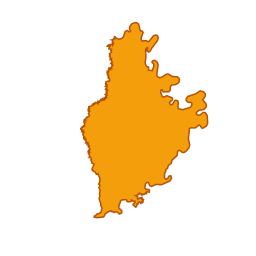 outline of Taraira, Vaupés, Colombia, rotated 216°
{"feature_id": "7082276B12935674193542", "entity_name": "Taraira", "entity_type": "district", "adm_level": 2, "iso_a3": "COL", "parent_name": "Colombia", "parent_adm1": "Vaupés", "projection": "natural_earth1", "projection_center": [-69.918, -0.672], "detail": "fine", "context": "isolated", "style": "filled", "palette": "amber", "viewbox_px": 256, "rotation_deg": 216, "n_neighbors": 0, "source": "geoboundaries", "source_scale": "gbopen_adm2", "svg_char_len": 5856}
<svg xmlns="http://www.w3.org/2000/svg" viewBox="0 0 256 256"><g transform="rotate(216 128 128)"><path d="M190.8,193.8L191.1,193.4L191.8,194.2L192.6,193.9L191.2,192.4L191.9,192.4L192.3,190.4L192.9,189.7L192.0,190.0L191.4,189.5L191.3,188.1L190.9,189.1L191.0,188.2L189.4,188.0L189.1,186.1L190.2,187.0L190.0,186.2L191.0,185.6L190.6,184.7L192.7,184.2L191.4,184.2L190.9,183.3L192.7,183.5L192.9,182.0L190.6,183.0L190.0,180.8L188.5,181.8L187.7,180.8L187.1,181.3L187.0,180.4L185.9,179.5L186.6,177.0L185.7,176.6L185.3,175.3L184.7,175.6L183.2,173.7L182.3,174.5L182.4,173.1L181.3,174.0L181.7,173.0L180.0,172.3L179.8,170.3L179.0,171.1L178.5,169.8L177.6,170.2L177.2,169.8L177.8,169.3L177.0,168.6L177.4,167.2L176.2,166.5L178.2,165.7L176.8,164.9L178.1,164.5L177.6,164.2L178.0,163.4L176.9,162.3L177.9,161.7L176.6,161.4L177.4,161.4L177.5,160.6L176.7,160.3L176.4,158.9L176.2,160.3L175.6,158.9L174.8,159.4L174.1,158.5L174.2,157.7L173.3,157.8L173.0,156.6L171.9,157.0L170.7,155.6L170.7,154.6L171.6,154.4L172.9,152.3L172.0,150.3L171.2,150.0L171.3,150.8L170.4,150.8L170.6,149.0L170.0,149.7L169.6,149.5L169.9,149.0L169.3,149.3L169.3,148.3L168.5,147.4L169.2,147.3L168.9,146.1L167.7,146.7L166.7,146.6L167.4,145.7L166.6,145.5L166.9,144.7L166.5,143.8L165.9,144.3L165.2,143.5L166.0,141.7L164.2,142.2L164.7,140.2L164.2,139.7L163.7,140.4L163.2,140.2L164.6,138.8L163.4,138.7L163.5,137.4L164.1,138.0L164.5,137.2L165.8,136.9L164.6,135.8L165.5,135.5L165.6,136.2L166.1,136.1L166.4,135.2L165.7,134.6L166.0,134.2L166.7,134.7L166.6,132.9L167.2,132.5L166.5,132.0L167.5,131.6L167.0,130.6L167.9,131.2L167.6,130.2L168.1,130.5L168.5,129.7L169.4,129.5L169.0,128.0L169.9,128.1L170.4,127.1L169.7,127.1L169.5,126.1L170.7,126.3L170.1,125.9L170.6,125.5L170.4,124.4L172.3,122.2L171.5,121.2L171.0,121.6L170.5,121.1L170.4,120.7L170.9,120.8L170.7,120.2L171.3,119.7L170.1,118.5L169.5,119.2L168.9,119.1L169.4,118.5L168.3,117.2L168.5,116.4L166.4,115.4L166.4,114.4L167.6,112.7L167.2,112.3L167.7,111.8L167.4,110.4L168.1,109.6L168.0,109.0L167.4,109.1L168.0,108.5L167.7,108.0L167.3,108.5L167.1,107.5L166.4,107.4L167.1,106.9L164.8,105.2L165.2,103.5L164.8,103.5L165.2,103.2L164.8,102.8L165.8,102.0L165.4,101.5L165.9,100.4L165.2,99.9L165.7,99.6L165.2,99.2L164.8,99.7L164.0,98.8L164.1,99.3L163.4,99.6L163.3,98.6L162.4,98.2L162.0,98.9L161.7,98.0L161.0,98.5L160.8,96.2L159.3,95.6L158.0,94.0L157.7,94.6L157.4,93.6L156.9,94.2L156.3,93.5L155.5,94.1L155.3,93.0L154.6,93.4L154.9,93.1L153.6,92.2L153.3,92.8L153.5,91.8L152.9,92.1L153.1,91.3L151.9,92.0L151.7,91.3L151.2,92.0L150.9,90.9L150.5,91.4L149.7,91.1L149.7,90.1L149.5,90.8L149.4,89.9L149.2,90.5L148.7,90.6L148.9,89.9L148.5,90.1L148.1,89.2L147.3,89.2L146.8,88.6L146.6,86.6L146.2,87.1L146.2,86.2L145.9,86.7L145.5,86.3L145.2,84.8L144.7,85.3L144.9,84.3L143.7,83.4L143.2,83.6L142.3,82.0L141.8,82.1L141.9,81.5L141.1,82.2L139.7,81.7L139.1,81.0L139.4,80.3L138.0,79.8L136.6,78.4L134.1,78.9L133.5,75.3L132.9,73.5L132.3,73.5L131.8,72.6L128.5,73.0L126.5,72.0L125.8,72.3L125.4,73.3L121.0,70.6L118.9,67.2L118.8,65.4L117.4,65.4L116.5,63.7L116.7,62.9L113.9,61.1L112.2,57.6L110.6,56.6L110.5,55.2L109.6,53.6L105.7,50.9L104.7,49.5L102.0,48.0L100.3,43.8L101.5,41.2L102.4,40.7L102.8,38.0L103.5,36.9L102.9,35.9L100.1,37.4L95.5,41.7L95.4,43.5L96.0,45.1L94.2,49.8L92.8,50.9L91.5,50.8L91.0,51.7L89.7,51.5L88.0,53.6L84.3,53.4L83.2,55.6L84.4,57.4L88.1,57.9L89.6,59.2L89.6,60.5L90.3,61.4L90.2,62.3L91.2,64.8L90.3,66.6L87.4,68.9L86.5,68.9L85.7,68.0L84.1,68.6L82.4,70.2L83.0,71.8L80.8,71.7L79.4,72.9L78.5,72.1L79.1,69.6L78.8,68.8L75.4,68.4L74.9,69.3L76.0,71.9L75.2,72.2L75.9,73.9L75.2,74.8L73.5,74.6L74.0,75.5L73.2,76.8L72.9,75.5L72.2,76.2L72.9,78.0L74.2,78.2L73.6,79.1L74.7,79.3L75.3,78.6L76.0,79.0L76.0,79.8L77.5,78.2L78.1,76.1L78.6,76.2L79.6,78.0L82.0,77.8L81.2,78.4L81.0,80.0L80.0,80.5L80.6,82.0L78.3,82.4L78.0,81.7L77.3,81.8L77.3,83.3L76.3,83.3L75.6,84.3L75.7,85.7L74.5,85.8L75.6,87.5L73.1,88.5L74.0,90.3L74.7,90.6L77.7,88.9L79.3,89.6L81.0,92.9L80.8,95.0L79.5,95.8L76.4,94.2L74.6,94.5L72.1,98.9L67.6,101.8L63.1,109.5L63.2,112.9L65.3,114.5L66.5,113.3L66.3,110.5L66.7,109.3L67.5,108.8L69.2,109.1L71.6,112.6L72.1,115.3L73.0,116.5L72.3,118.7L73.1,120.4L73.1,122.6L72.3,124.9L73.5,128.0L72.1,134.5L73.9,137.8L74.0,139.2L73.0,140.4L69.8,140.1L68.1,141.3L67.4,143.4L67.1,147.8L68.1,150.6L72.6,154.5L77.9,163.5L77.3,165.1L73.7,167.5L72.3,172.1L71.0,172.4L68.5,171.3L67.3,171.8L65.7,175.7L66.3,178.6L71.2,184.6L74.5,185.9L76.4,184.7L77.2,181.4L78.1,179.9L80.3,179.4L81.4,179.9L81.8,180.9L80.9,184.1L77.5,187.6L77.1,190.8L78.0,192.6L79.3,193.5L84.2,194.7L84.1,198.7L84.6,199.9L85.8,201.2L88.3,201.7L91.5,200.4L93.4,195.3L98.3,188.5L98.0,185.7L97.1,184.4L94.4,184.1L91.6,185.9L90.7,185.5L89.9,184.0L89.6,182.4L90.1,180.8L94.4,175.1L97.6,173.6L99.1,173.7L100.4,175.0L102.2,178.1L104.0,179.2L105.6,178.6L106.3,177.6L105.9,173.6L106.7,172.0L108.3,172.1L109.5,173.3L108.5,176.7L109.0,177.8L110.1,178.4L115.5,177.0L117.5,173.7L119.2,173.8L122.7,176.3L123.7,178.2L122.9,179.1L120.9,177.8L116.2,181.4L116.1,183.4L117.9,186.2L118.0,187.8L117.6,188.9L115.2,190.8L113.9,193.4L113.8,195.4L114.8,197.4L116.3,198.3L118.1,198.4L122.5,195.7L127.3,195.3L128.6,194.1L130.6,188.8L132.0,187.3L133.9,186.9L135.1,187.1L136.1,188.2L140.9,197.0L143.0,198.4L145.9,198.5L147.4,197.4L147.6,195.8L146.8,195.1L145.1,195.0L144.3,194.4L143.3,192.8L142.1,188.6L145.5,186.9L147.2,189.4L149.0,188.7L150.8,189.5L152.6,191.1L155.3,196.1L159.8,201.6L160.0,203.5L159.4,204.5L158.6,203.6L158.1,201.6L155.9,201.6L155.3,202.6L155.7,207.3L155.5,216.0L156.6,218.8L158.6,220.1L160.3,219.5L161.6,217.5L161.9,210.3L162.5,209.7L164.8,209.3L167.9,206.5L170.0,208.0L172.0,214.3L173.8,214.7L174.2,214.0L175.6,214.1L180.4,218.3L182.6,218.3L184.3,217.4L186.1,214.6L186.2,211.2L185.2,209.1L183.0,208.0L182.8,207.4L183.6,206.4L185.8,206.5L187.0,204.6L185.4,199.1L185.5,197.2L187.5,194.4L190.8,193.8Z" fill="#f59e0b" stroke="#b45309" stroke-width="1.5"/></g></svg>